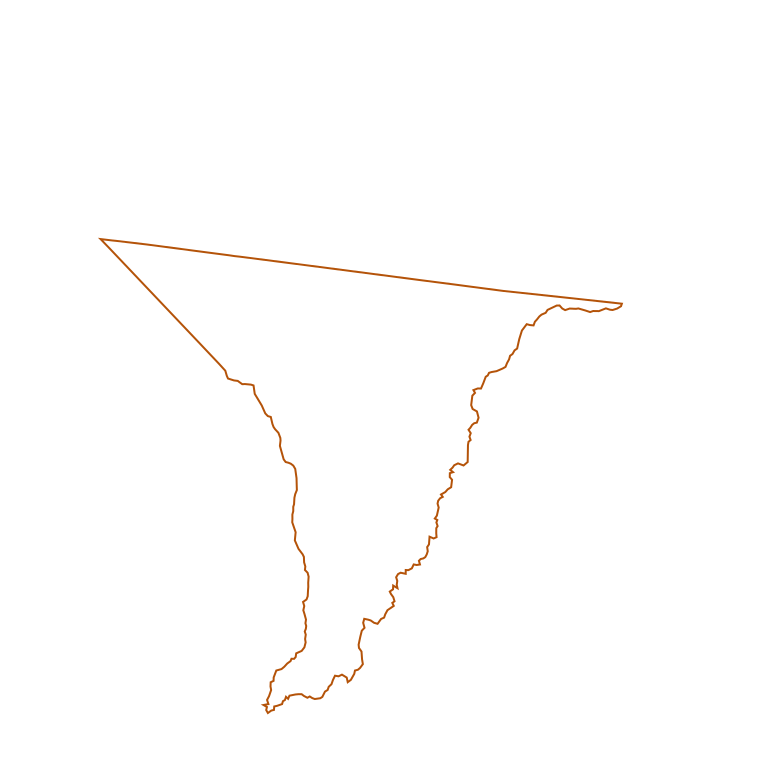 Novo Planalto, Goiás, Brazil (Natural Earth projection), rotated 334°
{"feature_id": "56859067B70004024214037", "entity_name": "Novo Planalto", "entity_type": "district", "adm_level": 2, "iso_a3": "BRA", "parent_name": "Brazil", "parent_adm1": "Goiás", "projection": "natural_earth1", "projection_center": [-49.753, -13.241], "detail": "fine", "context": "isolated", "style": "outline", "palette": "amber", "viewbox_px": 768, "rotation_deg": 334, "n_neighbors": 0, "source": "geoboundaries", "source_scale": "gbopen_adm2", "svg_char_len": 3502}
<svg xmlns="http://www.w3.org/2000/svg" viewBox="0 0 768 768"><g transform="rotate(334 384 384)"><path d="M192.8,129.5L196.9,142.2L233.2,257.3L244.5,293.3L247.2,302.5L246.3,307.7L246.2,310.7L250.7,315.0L253.9,317.1L256.5,322.0L259.0,323.1L264.1,326.2L266.1,328.1L263.5,336.2L264.7,349.7L264.4,358.4L265.5,361.9L267.8,364.0L266.2,371.0L265.9,374.3L266.3,376.9L267.7,381.6L267.2,387.0L266.2,389.5L263.3,394.0L260.8,407.7L261.4,411.0L263.6,412.9L265.3,414.8L266.7,417.6L267.0,421.4L264.1,430.3L260.5,438.2L259.2,441.1L255.9,444.1L253.6,447.0L250.4,452.7L248.6,454.6L246.7,458.5L244.4,461.2L242.5,465.2L240.9,468.1L239.6,478.5L235.3,485.5L234.9,494.7L236.2,501.4L236.2,504.3L234.0,509.3L233.3,513.5L231.4,516.5L232.6,520.1L231.8,524.1L228.8,529.3L227.0,533.2L225.4,535.9L222.4,541.3L219.9,543.7L215.7,544.4L215.0,548.6L212.3,552.0L211.7,555.9L210.6,561.6L208.5,564.6L208.0,567.4L206.4,569.8L204.3,571.7L203.8,575.0L201.3,578.6L200.3,581.9L197.0,585.8L193.0,587.8L187.0,587.6L184.9,590.7L182.7,591.6L180.4,590.4L178.5,592.1L174.5,592.8L170.5,594.4L166.9,595.3L161.6,594.3L156.2,599.4L154.6,602.4L151.4,602.4L149.4,606.1L148.4,609.6L143.8,614.2L140.4,616.7L139.8,621.0L135.0,619.7L137.2,623.0L135.2,625.4L135.4,628.8L139.6,628.1L142.2,628.7L144.0,625.7L146.9,626.4L152.1,627.0L154.1,624.8L156.4,624.6L158.8,622.2L159.8,624.9L162.4,622.7L168.2,624.2L170.9,625.2L174.0,626.7L175.3,629.3L177.6,632.4L180.3,632.3L181.8,634.8L183.7,636.8L189.0,638.5L191.4,638.2L196.1,634.6L199.2,634.3L201.6,631.9L205.2,630.8L208.3,627.7L212.1,624.7L215.0,626.8L218.8,626.8L221.8,631.5L220.7,636.1L224.5,635.4L230.2,631.5L232.3,628.8L235.3,629.4L238.0,628.7L242.2,626.5L243.6,621.8L246.5,614.6L245.8,610.3L246.9,607.2L251.8,600.9L255.9,596.0L259.6,594.6L260.6,589.5L263.3,586.4L266.5,588.9L268.4,590.7L270.4,594.3L273.1,596.7L278.4,593.9L281.7,594.0L284.2,591.5L288.0,588.8L295.5,587.7L295.5,584.4L298.2,583.9L298.9,579.7L298.2,575.8L298.2,573.1L302.1,572.5L303.9,569.2L306.6,573.4L307.4,570.1L309.6,566.8L310.2,563.0L313.3,561.0L316.2,560.9L320.3,564.1L322.0,560.7L324.3,562.0L328.2,561.9L331.6,559.2L334.0,561.0L337.2,562.0L337.9,558.2L340.2,557.4L342.9,558.0L345.2,557.7L347.7,555.9L350.0,553.5L351.3,549.5L354.1,547.9L358.0,541.2L360.9,544.6L364.1,544.7L365.5,541.1L367.8,536.5L369.9,535.2L370.4,531.4L372.3,529.6L370.7,527.2L373.8,525.5L379.0,519.0L379.7,515.0L381.5,512.7L384.3,511.3L387.3,511.2L386.8,508.3L391.7,508.0L395.1,506.6L399.1,506.2L403.2,499.9L402.3,496.5L404.1,493.0L407.4,493.5L405.9,490.2L409.0,489.2L411.5,487.8L415.7,487.8L419.8,492.1L425.0,490.8L432.7,475.7L434.6,473.0L437.3,472.3L437.7,468.8L440.4,466.2L439.9,462.2L442.4,461.2L445.3,459.4L447.9,458.8L450.5,459.4L454.2,455.8L455.5,449.4L452.7,445.3L453.1,441.2L458.3,433.2L461.9,431.9L461.7,428.7L466.3,429.1L469.2,430.6L473.5,426.9L478.6,422.1L481.0,421.8L483.3,420.0L485.9,420.4L490.8,421.8L497.4,422.1L500.7,421.9L503.8,419.1L507.2,416.7L509.7,413.9L512.6,413.4L516.1,411.0L519.2,410.5L525.2,403.0L531.4,396.4L538.5,392.8L541.0,395.0L544.1,396.9L546.9,394.2L549.7,393.1L553.2,391.4L556.0,390.7L560.5,390.9L563.5,389.1L573.7,389.2L576.2,390.4L577.3,394.3L579.2,397.0L584.0,397.6L589.5,400.6L591.8,401.3L597.1,406.1L600.8,409.7L604.0,410.1L609.1,412.7L616.6,413.3L619.7,416.3L621.9,417.7L626.6,418.4L631.1,418.0L633.0,416.1L581.7,383.8L532.1,352.7L501.7,332.6L490.7,325.3L462.1,306.5L357.7,237.6L310.3,206.4L305.7,203.5L301.2,200.4L283.3,188.6L232.1,154.7L205.8,137.8L202.4,135.7L192.8,129.5Z" fill="none" stroke="#b45309" stroke-width="2"/></g></svg>